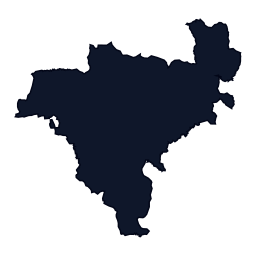 the district of Lismore Lea-3, Waterford, Ireland
{"feature_id": "5873133B19257398273373", "entity_name": "Lismore Lea-3", "entity_type": "district", "adm_level": 2, "iso_a3": "IRL", "parent_name": "Ireland", "parent_adm1": "Waterford", "projection": "orthographic", "projection_center": [-7.865, 52.126], "detail": "fine", "context": "isolated", "style": "filled", "palette": "ink", "viewbox_px": 256, "rotation_deg": 0, "n_neighbors": 0, "source": "geoboundaries", "source_scale": "gbopen_adm2", "svg_char_len": 5744}
<svg xmlns="http://www.w3.org/2000/svg" viewBox="0 0 256 256"><path d="M149.1,231.1L146.9,229.0L142.9,228.8L140.9,227.9L138.5,224.1L137.1,219.8L137.4,218.4L138.8,217.3L143.0,217.6L144.6,216.7L146.6,214.3L149.2,206.9L149.2,201.9L151.0,198.7L150.2,194.8L152.0,188.4L151.0,185.6L151.3,183.3L151.7,182.6L151.3,181.2L148.4,178.3L143.6,175.6L142.5,173.4L141.7,170.3L141.8,168.4L144.8,163.3L145.8,160.0L148.2,160.2L147.3,162.0L148.9,161.6L149.0,161.2L150.0,161.8L150.7,161.5L150.4,161.7L150.8,161.9L150.6,162.3L152.3,163.2L152.2,163.8L153.2,164.0L153.9,166.0L156.8,166.8L157.5,168.0L158.1,167.9L159.1,169.7L160.1,169.0L160.4,169.2L160.2,170.1L161.7,170.3L162.0,171.2L162.7,170.5L165.1,170.6L165.1,169.4L164.0,168.4L162.9,165.3L162.8,164.1L159.5,162.9L160.2,159.1L160.0,158.4L160.3,156.0L160.1,155.2L160.3,154.4L160.9,154.5L161.0,153.4L162.1,153.5L162.4,152.1L166.5,151.9L167.7,150.9L166.4,148.4L167.2,147.5L168.1,143.7L169.0,143.2L168.6,142.1L170.5,143.2L172.2,142.0L173.0,140.4L174.9,141.7L177.2,140.1L177.8,138.9L180.5,137.8L180.8,135.3L181.2,135.1L181.1,134.8L182.2,134.1L182.8,134.8L183.8,134.1L184.7,134.5L184.6,135.6L185.5,136.5L186.7,135.3L186.5,134.3L187.9,133.4L187.7,132.0L187.1,131.6L188.9,130.8L189.0,130.1L189.8,129.8L190.3,129.1L190.2,128.1L190.8,128.5L191.3,128.1L191.2,127.4L193.3,127.6L194.1,126.5L193.4,126.3L194.8,125.1L194.7,124.0L196.2,124.2L197.1,125.1L198.7,125.1L199.3,124.5L199.1,122.7L206.9,120.4L207.7,120.4L210.8,123.8L215.4,123.9L214.9,121.9L215.7,117.9L216.5,116.0L215.1,113.8L213.7,112.6L212.3,112.4L212.0,110.1L212.5,109.2L212.4,107.8L213.3,106.2L213.2,105.0L212.6,104.4L212.4,102.7L216.6,102.0L219.7,99.2L219.9,98.6L221.8,99.9L223.6,102.6L225.0,103.0L225.9,104.8L231.7,108.5L231.9,107.0L232.7,106.4L234.0,104.3L233.5,102.3L233.9,101.5L233.7,100.5L232.8,99.6L233.2,97.9L232.5,97.4L232.4,96.0L230.0,95.5L227.0,93.1L224.3,94.2L219.7,93.6L217.1,88.4L218.2,86.4L219.0,82.3L218.7,80.2L219.1,79.3L218.7,76.4L216.3,75.7L218.5,75.2L218.6,76.1L220.2,76.5L219.9,77.2L220.9,77.0L220.6,78.6L223.0,80.6L225.1,81.4L227.3,80.3L228.0,80.4L228.2,81.3L229.3,80.3L231.6,79.5L232.4,80.3L232.7,80.2L232.0,79.2L232.6,78.6L231.8,78.2L231.7,77.4L234.8,75.2L235.1,73.2L235.7,72.9L235.5,71.7L237.3,70.1L238.5,68.1L238.5,66.5L239.8,64.6L240.4,61.2L240.4,57.4L240.6,56.8L240.1,53.6L240.5,52.9L235.7,50.9L233.1,48.6L229.5,49.1L228.3,48.4L228.6,47.6L228.0,45.1L229.0,41.1L228.2,39.2L227.9,37.5L228.4,35.0L228.1,32.9L228.4,32.6L227.1,30.1L227.4,29.5L226.8,26.7L225.8,24.7L225.2,24.2L223.7,24.5L221.1,22.7L219.1,22.6L217.3,24.2L214.8,24.7L211.8,27.7L207.9,27.3L204.6,25.1L203.9,22.9L200.2,19.4L199.6,20.6L196.4,19.7L195.9,19.9L195.7,21.7L194.6,21.0L192.8,21.9L191.8,23.0L188.9,23.8L187.2,23.3L186.8,23.9L186.5,24.2L187.6,24.3L187.6,24.8L189.1,24.6L189.1,25.4L189.7,26.5L189.6,28.5L191.6,31.3L192.0,32.9L193.1,34.0L193.3,35.6L195.7,38.7L195.4,40.3L196.5,44.0L196.1,45.3L194.7,46.4L194.3,47.5L194.2,49.9L193.6,51.1L194.3,52.2L194.1,53.7L194.9,54.3L195.3,55.6L195.0,57.7L195.6,57.9L194.9,59.1L195.7,60.3L195.5,60.8L196.5,63.5L195.2,64.1L193.1,63.7L190.8,64.3L190.1,63.7L188.5,63.3L187.2,62.0L184.3,62.6L181.6,61.7L179.3,60.1L174.7,60.4L171.6,62.6L169.6,66.4L168.1,67.7L167.8,66.1L166.6,64.3L166.4,62.7L164.2,60.2L157.3,57.6L151.3,55.9L147.9,58.3L144.3,58.1L141.9,57.2L140.0,55.8L140.2,54.2L135.8,57.0L133.3,57.6L127.0,55.2L122.7,55.4L121.9,54.6L120.1,51.2L116.3,49.8L113.6,47.0L111.9,44.8L111.2,42.4L106.9,45.3L98.3,45.2L97.8,48.3L94.9,48.4L93.1,45.7L90.2,44.8L90.3,45.7L89.8,48.3L90.3,49.3L90.2,51.6L89.2,55.2L87.6,57.3L88.7,60.1L88.5,63.2L90.3,66.6L90.2,67.7L90.4,67.9L89.8,69.9L88.4,71.4L85.9,72.6L85.0,73.6L83.6,73.7L82.5,72.6L79.6,71.6L76.6,69.2L71.8,70.2L69.2,69.5L68.3,69.8L67.6,69.3L67.0,69.9L64.5,69.8L63.6,69.2L63.4,69.2L63.8,69.8L62.8,69.4L61.7,69.8L61.2,69.1L59.5,68.8L58.8,69.9L58.0,69.3L56.9,70.1L54.9,70.0L54.2,69.3L53.6,70.2L52.7,69.4L51.4,71.0L50.3,70.1L49.7,71.0L47.1,70.3L45.8,70.8L44.3,70.6L43.1,71.3L43.0,70.8L41.8,70.4L35.7,71.6L34.2,73.3L32.4,73.5L31.7,74.2L32.6,74.9L33.7,76.9L34.1,78.3L32.5,85.7L30.2,93.1L28.0,95.4L27.4,98.3L26.8,100.0L25.6,100.7L24.9,100.1L21.3,100.1L20.1,99.5L19.0,99.9L18.1,101.9L17.7,103.4L17.7,106.9L18.4,109.3L19.8,111.3L19.2,113.3L16.0,114.3L16.1,115.6L15.4,116.7L18.3,117.1L22.5,116.5L24.1,116.9L28.8,115.4L31.6,115.3L34.0,114.4L37.8,113.9L38.4,116.9L41.5,115.8L43.8,115.6L44.5,116.1L44.8,118.7L49.2,118.3L49.1,117.2L50.7,117.2L53.3,115.0L54.0,114.9L57.3,117.4L56.7,119.2L58.9,119.9L59.1,121.8L59.7,122.9L58.9,126.0L59.0,127.5L55.1,127.9L54.3,124.9L51.9,119.7L50.4,119.9L50.6,123.3L49.9,123.5L49.8,124.7L50.0,125.7L51.0,128.0L55.1,127.9L55.0,128.9L55.5,130.9L55.3,133.8L58.7,134.8L59.9,134.4L63.1,135.3L66.1,135.4L67.5,137.7L67.2,138.8L66.7,139.0L69.6,143.6L73.8,143.7L73.6,144.2L73.8,144.5L73.4,145.5L74.5,146.3L74.0,146.3L73.5,147.8L74.1,149.4L74.8,149.1L75.5,153.7L76.6,153.6L76.4,155.1L77.0,155.1L76.8,156.2L76.2,157.1L77.1,157.1L76.6,158.5L78.9,158.7L78.6,159.3L79.0,160.2L78.5,160.9L78.9,161.5L78.6,162.5L78.8,163.2L80.0,164.3L79.9,165.5L79.0,166.5L79.3,167.5L78.2,167.8L76.6,169.9L76.7,170.6L78.1,172.8L77.5,174.4L76.5,174.7L76.1,175.7L76.3,177.5L79.9,180.6L82.5,180.6L84.7,182.3L86.0,185.7L88.0,186.4L90.5,188.9L91.6,190.7L91.7,192.5L94.4,191.8L97.6,194.0L99.9,191.9L102.3,191.0L104.7,191.3L102.7,198.4L103.0,200.6L104.6,201.0L104.1,203.4L109.1,205.9L113.0,207.2L114.7,208.6L115.3,210.1L117.4,211.5L116.3,214.8L116.4,216.9L117.8,220.4L118.4,223.1L118.4,226.7L120.4,230.6L120.9,233.8L121.8,234.2L122.2,234.0L122.1,233.5L123.0,233.3L125.1,235.4L129.9,234.2L133.8,234.3L134.6,233.3L135.5,234.4L136.4,233.2L136.8,233.5L137.2,234.8L138.6,234.6L139.1,235.0L139.2,236.3L140.3,236.6L140.8,236.2L141.4,234.9L144.8,234.1L146.6,234.3L149.1,231.1Z" fill="#0f172a" stroke="#020617" stroke-width="1.5"/></svg>